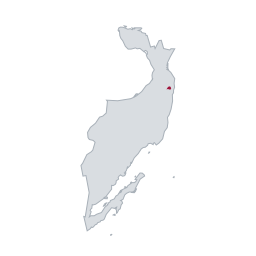 location of Santa Cruz Itundujia, Oaxaca, Mexico, rotated 256°
{"feature_id": "50627088B33847319149889", "entity_name": "Santa Cruz Itundujia", "entity_type": "district", "adm_level": 2, "iso_a3": "MEX", "parent_name": "Mexico", "parent_adm1": "Oaxaca", "projection": "albers", "projection_center": [-97.652, 16.757], "detail": "fine", "context": "in_parent", "style": "filled", "palette": "rose", "viewbox_px": 256, "rotation_deg": 256, "n_neighbors": 0, "source": "geoboundaries", "source_scale": "gbopen_adm2", "svg_char_len": 3987}
<svg xmlns="http://www.w3.org/2000/svg" viewBox="0 0 256 256"><g transform="rotate(256 128 128)"><path d="M38.1,63.5L52.9,63.7L52.1,65.0L74.7,74.7L92.0,75.7L92.2,72.7L103.0,73.3L104.8,75.5L112.1,81.6L113.8,86.6L115.1,88.5L122.1,92.6L124.4,91.2L126.2,87.7L128.4,86.9L133.5,87.7L137.7,91.7L140.5,97.6L145.4,103.0L145.6,106.3L147.8,110.5L158.8,114.5L160.2,113.9L156.9,124.7L155.8,137.7L156.3,140.5L159.2,144.2L158.6,146.2L158.7,144.2L156.3,141.0L157.1,143.9L160.0,150.1L164.8,155.9L166.0,159.6L169.3,163.3L168.4,163.2L170.4,164.1L169.7,163.5L173.3,164.0L175.8,165.2L178.1,167.6L184.1,165.7L188.5,165.3L191.3,163.8L194.4,163.4L195.0,164.0L194.9,164.7L197.4,165.2L199.0,163.9L198.5,162.0L197.7,162.5L197.9,162.1L202.4,158.8L202.6,156.1L203.9,154.6L203.8,150.3L204.5,147.2L207.9,145.2L214.0,144.0L216.6,142.8L219.6,142.4L224.5,143.2L224.9,142.5L223.6,142.6L225.3,142.0L227.3,143.3L227.7,145.1L226.9,147.7L223.9,151.7L223.8,154.3L222.3,155.9L222.6,156.5L224.1,156.2L222.6,157.9L222.7,158.6L223.7,158.3L222.0,164.9L221.5,165.5L220.4,164.1L220.1,161.6L218.7,164.2L217.2,164.5L215.5,167.9L213.3,167.9L213.2,169.0L201.1,169.5L201.2,173.4L198.5,173.5L205.3,179.3L205.1,181.5L196.5,181.8L193.6,187.4L194.5,188.8L193.5,192.5L187.1,186.4L182.0,182.2L178.9,180.7L178.5,181.1L181.4,182.5L177.0,181.3L177.3,180.3L176.1,180.7L175.4,179.8L174.6,180.8L176.1,181.3L173.8,181.5L171.6,183.0L164.6,185.3L160.1,183.5L156.3,183.1L153.8,181.4L151.2,180.7L149.6,179.1L143.4,177.8L135.8,174.3L130.8,171.1L128.8,168.9L123.6,168.1L118.8,166.1L115.8,162.5L109.1,159.0L105.8,154.2L104.7,151.3L107.4,150.1L107.0,148.9L105.8,148.4L107.7,146.3L107.9,143.8L106.5,142.8L105.2,140.2L105.3,137.9L104.5,135.8L100.7,131.7L97.5,126.8L92.4,122.5L93.9,123.3L94.0,122.4L91.3,121.4L89.3,118.1L90.8,118.3L86.8,115.9L86.3,114.8L84.8,115.1L84.5,114.6L85.8,113.4L83.7,114.3L82.6,113.3L82.5,111.2L84.0,109.4L84.5,109.8L83.6,107.8L82.4,106.5L80.7,106.5L79.6,103.8L77.6,103.1L76.4,102.0L75.7,99.6L76.3,98.2L72.6,97.3L66.6,89.7L66.4,88.0L65.5,87.4L61.9,78.3L61.8,75.6L62.3,74.8L58.8,73.4L58.1,71.9L57.0,71.3L55.7,72.0L51.1,69.0L51.8,70.7L51.0,74.0L51.9,76.7L52.4,81.8L56.9,86.6L58.3,89.7L59.0,89.6L59.3,90.6L60.0,90.7L60.6,92.7L61.9,93.4L62.5,97.5L64.9,99.8L65.6,102.1L66.7,103.0L67.4,105.8L68.3,106.5L67.9,104.4L69.2,105.7L70.5,112.1L72.1,114.0L74.0,118.7L73.5,120.6L73.9,122.3L75.7,124.1L76.4,122.4L81.4,128.7L80.8,130.9L78.6,132.4L77.4,132.5L75.5,127.5L67.5,120.4L66.7,120.4L65.1,118.2L64.9,116.8L65.6,113.8L65.0,110.8L63.9,108.7L60.0,105.9L59.4,103.3L58.6,104.3L56.5,104.6L55.1,102.8L51.4,100.8L51.0,99.3L48.3,97.0L48.1,96.2L51.0,96.9L52.7,96.4L52.6,97.1L54.0,97.9L53.6,96.2L53.0,96.0L54.6,92.8L49.6,86.1L45.3,82.9L44.6,81.5L44.7,79.2L43.7,78.3L43.5,75.7L42.2,74.4L42.1,72.9L40.3,70.3L40.1,69.1L40.8,68.4L39.5,67.3L38.1,63.5ZM66.4,89.8L65.8,91.3L64.4,90.7L65.1,88.3L66.0,88.2L66.4,89.8ZM60.5,89.0L58.5,87.1L58.1,85.3L59.1,86.0L59.3,87.0L60.3,87.3L60.5,89.0ZM227.0,151.1L226.4,150.5L226.6,149.8L228.0,149.1L227.0,151.1ZM65.1,120.3L63.7,118.5L64.8,115.1L64.4,118.2L65.1,120.3ZM47.4,94.6L46.3,94.3L47.2,92.6L47.6,93.9L47.4,94.6ZM28.8,86.9L28.0,85.6L28.2,85.1L28.6,85.2L28.8,86.9ZM66.4,120.4L67.2,121.8L65.4,120.4L66.4,120.4ZM99.6,142.6L99.4,143.2L98.9,142.9L98.7,142.0L99.6,142.6ZM74.6,117.5L74.9,118.6L74.0,117.2L74.6,117.5ZM71.4,110.4L71.9,110.9L71.0,111.8L71.4,110.4ZM69.7,160.9L69.3,161.0L68.7,160.5L69.2,160.0L69.7,160.9ZM196.5,163.4L195.5,163.7L197.3,163.0L196.5,163.4ZM79.4,123.7L78.8,123.6L78.8,122.6L79.4,123.7Z" fill="#d9dde1" stroke="#a8b0b8" stroke-width="1"/><path d="M157.2,178.6L157.3,178.5L157.3,178.4L157.5,178.3L157.5,178.2L157.6,177.9L157.6,177.7L157.5,177.4L157.4,177.4L157.3,177.2L157.2,177.0L157.2,176.9L157.1,176.7L156.9,176.5L156.9,176.8L156.7,176.9L156.7,177.0L156.4,177.2L156.4,177.3L156.3,177.5L156.2,177.6L156.0,177.9L156.0,178.0L155.9,178.1L156.0,178.3L155.9,178.4L155.9,178.5L156.0,178.6L156.3,178.5L156.5,178.6L156.8,178.6L157.0,178.6L157.2,178.6Z" fill="#f43f5e" stroke="#9f1239" stroke-width="1.5"/></g></svg>